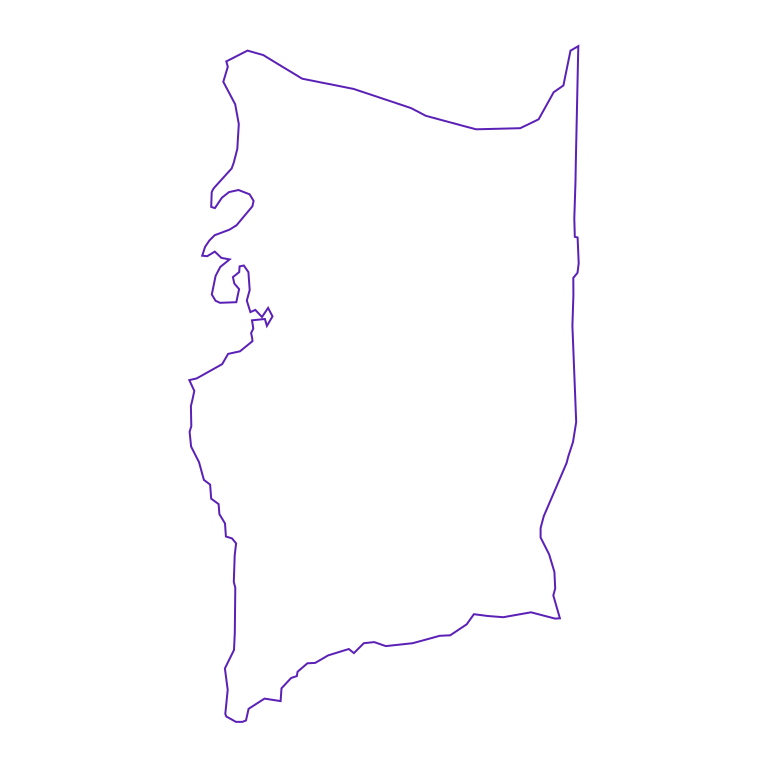 outline of Manatí, Puerto Rico
{"feature_id": "32010507B74616121786134", "entity_name": "Manatí", "entity_type": "district", "adm_level": 2, "iso_a3": "PRI", "parent_name": "Puerto Rico", "parent_adm1": "", "projection": "equal_earth", "projection_center": [-66.506, 18.418], "detail": "fine", "context": "isolated", "style": "outline", "palette": "violet", "viewbox_px": 768, "rotation_deg": 0, "n_neighbors": 0, "source": "geoboundaries", "source_scale": "gbopen_adm2", "svg_char_len": 2096}
<svg xmlns="http://www.w3.org/2000/svg" viewBox="0 0 768 768"><path d="M487.8,616.0L503.3,617.2L531.0,612.3L555.1,618.6L559.9,618.3L553.3,595.4L555.2,588.5L554.4,571.9L549.1,554.3L540.6,537.5L540.6,528.0L543.8,516.1L566.6,463.0L568.3,456.4L573.0,442.0L576.2,422.0L572.4,325.7L573.4,295.4L573.3,277.9L577.5,272.8L578.7,263.3L577.6,237.5L574.8,236.8L574.3,218.4L575.5,181.0L575.8,163.2L578.3,46.1L571.5,50.1L570.5,50.6L563.4,85.5L553.7,92.2L538.7,119.2L535.6,120.8L520.2,128.2L476.1,129.3L462.1,125.6L425.8,115.8L412.4,108.8L410.8,108.0L405.7,106.3L384.4,99.2L353.5,88.9L353.4,88.9L330.0,84.2L320.6,82.4L317.3,81.7L302.2,78.7L298.9,76.7L286.0,68.9L282.0,66.5L265.9,56.7L263.4,55.1L255.6,52.9L247.5,50.6L226.7,61.2L226.3,61.4L227.8,66.8L223.3,81.8L235.2,104.3L238.8,124.1L237.3,148.9L233.8,162.5L231.7,168.4L214.4,187.5L212.9,189.6L211.7,192.3L211.2,206.9L214.9,208.1L221.9,197.7L229.0,192.1L238.5,190.0L249.6,194.3L253.6,200.9L252.4,206.3L236.6,225.2L229.6,229.6L214.7,235.2L209.3,240.6L205.1,246.8L202.2,255.7L207.2,256.2L214.8,251.6L221.4,257.9L229.6,259.4L220.3,266.9L215.6,275.9L211.8,294.5L215.6,300.8L220.0,302.8L236.3,302.2L239.1,289.1L234.3,283.5L232.9,277.1L239.2,272.1L239.6,266.4L243.8,265.5L248.4,272.1L249.7,290.0L246.8,300.6L250.4,312.1L255.3,309.9L262.0,317.0L268.1,307.9L272.5,316.4L266.9,325.9L264.9,319.0L252.0,320.3L253.3,328.6L251.1,333.1L252.0,337.2L252.5,341.0L252.4,341.2L240.0,351.3L228.1,353.9L222.2,364.1L196.7,378.4L189.3,380.1L194.3,390.9L192.3,400.3L190.9,406.1L191.3,426.2L189.6,431.8L191.1,446.6L199.0,462.1L203.9,479.9L210.1,484.6L211.2,498.7L218.6,504.1L219.4,514.2L225.0,523.4L225.9,536.5L232.0,538.4L236.1,543.4L234.7,555.4L233.8,581.9L235.3,587.8L234.8,632.7L234.0,650.0L224.9,668.4L227.7,689.8L225.3,713.9L226.3,716.5L236.0,721.9L242.4,721.9L246.0,720.4L248.6,708.8L264.5,698.6L280.6,701.1L281.5,688.3L291.1,678.0L296.8,676.1L297.6,671.7L307.4,663.3L315.2,662.9L328.1,655.4L348.8,649.0L353.9,653.1L363.8,643.2L374.2,642.1L385.8,646.1L412.7,643.2L439.7,635.8L450.2,635.3L466.7,624.3L473.9,614.2L487.8,616.0Z" fill="none" stroke="#5b21b6" stroke-width="2"/></svg>